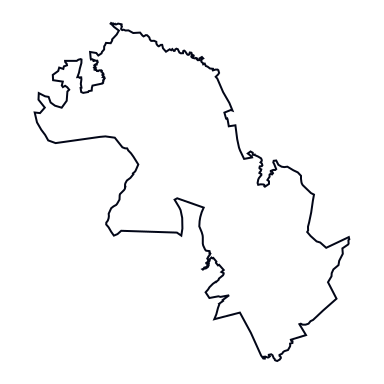 the district of Auru pag., Dobele, Latvia
{"feature_id": "27541924B19502695969152", "entity_name": "Auru pag.", "entity_type": "district", "adm_level": 2, "iso_a3": "LVA", "parent_name": "Latvia", "parent_adm1": "Dobele", "projection": "albers", "projection_center": [23.233, 56.585], "detail": "fine", "context": "isolated", "style": "outline", "palette": "ink", "viewbox_px": 384, "rotation_deg": 0, "n_neighbors": 0, "source": "geoboundaries", "source_scale": "gbopen_adm2", "svg_char_len": 5815}
<svg xmlns="http://www.w3.org/2000/svg" viewBox="0 0 384 384"><path d="M263.3,358.5L264.8,358.6L264.9,358.0L263.8,357.2L263.8,356.8L265.3,356.6L267.7,357.5L268.6,357.4L269.8,356.4L268.8,355.4L268.8,354.8L271.2,354.3L272.5,355.2L273.7,358.1L274.6,358.9L274.9,360.0L275.4,360.4L277.2,361.0L279.8,359.5L280.9,357.9L280.6,356.8L279.5,355.8L279.5,354.9L282.2,353.6L283.2,352.0L284.5,351.1L288.0,350.0L290.0,346.5L290.2,345.8L290.1,343.6L292.4,343.0L292.5,341.3L291.3,340.9L290.9,339.7L306.0,335.1L299.4,324.2L300.8,323.7L302.7,324.7L305.5,324.7L308.5,323.7L310.5,321.2L313.1,319.9L323.1,310.5L336.5,298.7L328.0,282.2L331.5,276.3L331.7,273.2L333.4,269.4L338.5,265.1L339.2,260.8L342.8,253.8L342.4,248.4L348.1,244.5L348.6,243.6L348.4,240.2L349.3,239.3L348.8,237.1L326.2,247.8L320.2,242.5L316.6,241.4L310.6,236.0L307.2,232.0L308.1,230.5L308.0,226.7L309.1,222.5L311.2,212.4L312.9,200.6L314.0,194.6L311.0,193.1L302.7,185.1L301.8,183.5L301.4,182.0L301.0,178.8L301.0,175.8L297.8,172.4L293.4,170.3L287.4,166.7L284.3,167.1L281.6,166.7L278.4,164.8L276.2,160.5L273.7,160.8L273.3,162.5L274.2,164.1L276.2,169.1L275.2,170.0L273.3,169.9L270.8,170.9L270.8,171.7L272.4,172.1L273.0,173.2L272.0,174.4L270.8,173.9L269.7,174.4L269.5,174.8L269.6,176.7L267.4,180.0L269.0,181.3L269.0,183.9L264.9,186.7L264.3,186.3L264.3,184.9L263.7,184.5L260.7,184.3L258.2,184.8L257.6,183.0L258.2,179.7L258.9,178.1L261.4,175.0L261.3,174.0L259.4,173.1L259.5,172.5L260.8,171.0L261.3,169.4L259.7,168.6L259.4,168.0L259.8,166.4L261.8,166.1L262.4,165.3L261.8,163.4L260.5,162.4L261.8,160.8L261.7,159.8L261.1,158.4L258.2,156.6L254.8,155.1L254.7,154.6L253.1,154.9L252.7,154.2L252.7,152.7L250.5,151.5L247.8,153.5L251.8,156.6L252.1,157.4L244.1,158.9L240.1,150.6L239.0,147.6L237.2,139.2L235.4,125.3L228.8,126.3L227.6,119.5L227.2,118.4L226.3,118.8L226.0,118.4L224.4,112.6L230.8,110.0L232.5,110.6L229.4,103.0L223.1,92.1L217.3,78.6L215.7,76.8L218.2,74.4L219.1,72.9L218.3,70.2L217.6,69.6L215.4,69.6L212.9,70.4L212.7,70.0L213.1,69.4L213.0,68.8L210.0,68.5L207.5,66.6L205.8,66.0L204.7,63.6L203.2,64.3L202.8,62.9L201.7,62.2L201.2,61.1L201.8,59.2L203.2,58.4L201.9,57.0L199.5,58.4L199.6,59.8L199.4,60.1L197.8,60.2L196.9,59.3L197.2,58.7L196.8,58.2L195.8,57.9L194.9,58.4L192.5,57.8L191.6,57.1L191.3,56.6L191.5,56.0L193.1,56.5L193.7,56.0L193.7,55.5L191.5,54.2L191.6,53.1L191.3,52.7L189.8,52.5L189.0,54.6L188.1,54.9L187.2,54.4L185.1,51.3L184.1,50.6L183.2,51.1L183.0,53.2L180.8,53.3L179.4,52.5L177.8,49.2L176.4,48.7L175.3,49.4L174.6,50.9L173.8,50.9L172.3,49.1L171.2,50.2L169.7,49.3L166.0,51.7L163.0,48.3L162.2,44.9L160.8,44.9L158.8,46.3L158.3,46.1L157.4,45.3L156.4,43.7L156.3,41.8L154.1,40.8L151.2,40.9L149.9,39.5L149.3,37.4L147.2,35.3L145.9,35.1L143.6,36.4L142.5,35.6L140.1,32.6L133.2,33.0L128.5,30.4L125.4,30.5L123.7,29.7L122.3,30.1L121.5,29.6L121.1,28.9L121.9,26.4L121.3,25.7L121.7,24.7L121.6,24.3L118.1,23.6L116.3,24.4L115.4,24.4L115.0,23.8L113.8,24.3L113.0,23.4L112.4,23.8L111.1,23.0L110.6,23.7L111.9,24.6L114.0,26.9L118.9,30.6L116.7,34.5L112.1,39.4L112.2,40.5L110.7,43.2L106.0,42.9L105.0,45.2L104.2,46.3L104.1,49.5L102.0,51.9L101.5,53.4L98.3,55.5L96.3,53.0L90.1,52.0L90.7,58.6L91.0,59.5L92.1,59.2L93.6,59.9L93.7,60.3L93.3,60.6L93.5,61.0L94.1,60.9L94.5,60.2L96.3,60.9L97.1,60.6L97.5,61.1L97.7,62.4L96.9,63.2L96.8,64.1L96.4,63.9L95.0,64.7L95.1,65.0L95.6,64.9L95.4,65.2L95.6,65.5L95.4,66.0L94.6,65.9L95.0,66.6L94.4,67.2L95.0,67.5L94.3,67.8L94.6,68.1L94.5,68.6L95.4,68.8L95.0,69.4L95.5,69.4L95.5,70.0L96.5,70.0L96.9,71.0L98.2,71.1L99.2,70.3L101.2,70.3L101.3,71.4L101.8,71.3L101.7,71.8L103.2,73.4L102.6,74.1L103.3,74.6L102.6,75.3L103.6,76.2L102.9,77.2L104.4,77.4L104.7,78.4L104.0,79.0L104.0,79.6L103.4,79.8L103.1,80.5L103.4,81.5L102.7,82.6L103.0,83.0L102.5,83.5L92.5,85.6L91.9,87.7L91.7,90.6L88.7,91.1L88.2,92.0L83.2,92.9L81.2,92.0L80.6,87.9L81.5,87.7L80.8,83.9L81.4,79.4L81.2,77.3L80.2,77.3L79.7,77.8L78.3,77.0L77.4,77.1L79.0,72.7L79.8,68.7L81.4,63.0L81.5,59.5L80.6,59.1L78.4,59.7L76.7,60.9L65.1,60.9L65.2,62.0L66.7,63.8L67.0,65.3L63.9,66.4L63.3,68.9L59.2,67.6L58.2,71.0L52.8,74.9L53.1,80.2L62.8,81.6L61.8,85.5L62.9,87.1L65.1,85.8L67.2,87.2L69.2,89.7L67.4,91.5L66.7,100.8L61.7,107.7L55.0,105.7L50.6,102.5L48.6,96.9L45.1,96.3L38.8,93.1L38.5,99.7L44.8,107.6L40.0,113.1L34.7,112.5L37.0,122.4L41.3,129.8L45.2,135.0L48.2,140.4L55.6,143.1L99.8,136.9L105.4,136.4L114.8,137.7L122.4,147.3L125.0,148.3L127.2,148.4L128.2,150.4L131.0,153.3L133.5,156.8L138.3,164.5L135.5,170.9L134.7,171.9L132.9,173.4L133.4,174.2L130.4,177.9L126.9,180.5L125.5,183.0L125.1,184.2L125.0,186.9L125.3,186.9L124.9,188.7L124.1,190.0L120.0,194.1L119.7,195.2L119.5,199.6L117.1,203.8L116.2,204.9L113.5,206.4L111.2,208.2L108.7,213.7L108.9,216.1L108.6,218.3L107.8,220.6L106.3,222.6L106.2,224.5L108.6,227.3L111.2,231.8L113.9,235.6L117.5,234.1L121.2,230.8L176.9,232.6L181.3,235.6L182.4,228.6L182.2,217.9L180.6,210.2L179.3,207.5L174.6,199.7L177.2,198.3L203.7,207.6L201.7,212.2L200.3,217.0L199.6,221.1L199.3,226.4L201.7,232.2L202.6,235.3L202.8,237.2L202.8,243.6L203.2,245.5L205.1,249.6L206.1,250.7L209.5,251.1L210.0,253.1L210.4,253.6L210.2,253.9L209.5,253.3L209.6,255.2L208.3,256.6L207.9,257.9L207.3,258.4L208.4,260.8L206.8,262.7L206.2,263.0L206.3,263.4L207.8,263.8L207.4,264.7L207.1,266.8L204.2,267.6L203.7,268.6L202.4,269.2L202.9,269.6L204.7,268.3L205.7,268.5L207.8,267.1L208.7,265.3L208.5,264.7L208.9,263.4L208.6,261.9L209.4,261.2L209.8,259.9L209.7,259.2L211.5,257.5L212.5,258.3L213.3,257.9L216.4,261.6L215.9,262.8L218.0,265.4L219.1,264.8L223.7,270.0L221.4,272.0L223.7,273.2L223.5,274.4L222.9,275.4L218.9,278.6L218.7,279.7L216.0,282.1L215.7,281.8L212.9,283.8L209.5,287.2L208.0,289.6L205.6,292.3L209.4,298.0L218.4,296.3L220.5,296.9L229.1,295.3L222.6,300.1L223.1,300.9L219.1,303.8L219.4,304.1L218.0,307.9L216.3,314.4L214.3,319.2L239.9,312.6L250.9,332.9L261.1,355.5L263.3,358.5Z" fill="none" stroke="#020617" stroke-width="2"/></svg>